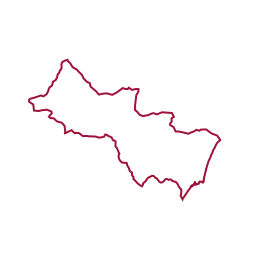 outline of Sanaga-Maritime, Littoral, Cameroon, rotated 245°
{"feature_id": "32672807B95558278906476", "entity_name": "Sanaga-Maritime", "entity_type": "district", "adm_level": 2, "iso_a3": "CMR", "parent_name": "Cameroon", "parent_adm1": "Littoral", "projection": "albers", "projection_center": [10.208, 3.947], "detail": "fine", "context": "isolated", "style": "outline", "palette": "rose", "viewbox_px": 256, "rotation_deg": 245, "n_neighbors": 0, "source": "geoboundaries", "source_scale": "gbopen_adm2", "svg_char_len": 3121}
<svg xmlns="http://www.w3.org/2000/svg" viewBox="0 0 256 256"><g transform="rotate(245 128 128)"><path d="M215.7,99.7L215.6,96.3L213.9,94.6L210.8,93.3L209.5,92.3L209.1,90.8L207.7,89.5L206.9,88.6L206.4,87.0L203.9,85.1L202.0,82.7L201.7,79.6L200.3,78.5L198.5,77.0L198.0,74.1L197.0,72.8L195.3,71.4L193.1,68.6L192.5,65.6L192.5,64.4L194.2,63.1L195.1,55.7L195.8,51.7L195.3,50.2L193.5,49.5L189.3,52.1L186.8,51.2L183.5,50.2L181.1,54.3L180.6,57.0L178.9,62.2L175.4,65.5L173.4,65.1L172.6,62.9L171.7,61.1L169.8,61.9L168.0,65.0L166.3,65.5L165.9,65.6L163.8,66.6L160.9,70.1L156.8,71.4L152.3,70.0L151.8,69.8L149.9,68.7L149.7,69.5L149.9,72.4L149.9,75.9L145.9,77.4L145.5,79.0L144.1,81.4L139.7,83.7L138.3,87.1L136.8,89.4L136.4,89.9L135.9,91.4L133.7,95.3L132.6,96.5L131.6,97.5L130.6,100.5L130.3,102.9L131.7,104.5L131.0,105.8L129.5,106.5L126.5,109.1L123.3,109.3L121.3,111.1L120.1,110.6L116.5,108.8L114.8,109.5L111.1,109.3L108.3,109.3L106.9,107.7L104.1,106.9L102.0,107.0L99.4,107.8L97.5,110.8L97.2,111.8L96.4,112.1L94.9,111.5L91.2,111.8L88.1,111.4L86.3,112.6L85.4,112.7L83.4,111.7L82.1,112.0L81.0,112.2L79.7,111.4L75.5,112.8L74.2,113.2L72.9,113.7L71.7,114.4L70.7,115.0L69.3,115.9L70.2,117.5L71.5,118.3L71.8,119.8L72.2,120.9L72.7,122.3L73.6,123.3L74.5,125.3L74.4,127.5L74.6,129.6L73.7,130.9L72.5,131.4L71.1,131.9L69.9,132.9L66.3,133.6L64.8,134.5L64.3,136.1L64.6,138.1L65.3,138.9L65.7,140.0L65.7,141.1L65.1,141.9L64.6,142.4L63.8,142.9L63.7,144.2L63.3,145.0L62.6,145.5L61.4,145.7L60.3,146.8L59.1,148.4L56.9,149.2L52.2,149.4L50.2,150.2L48.1,149.7L45.8,148.1L44.3,147.1L40.3,147.3L40.9,147.9L42.6,150.9L45.3,155.2L47.9,160.1L48.3,162.8L48.5,163.0L48.6,162.4L48.6,162.1L48.5,161.2L48.8,160.9L49.0,161.4L48.9,163.3L49.7,164.7L49.1,164.8L49.2,165.3L50.4,165.4L50.7,165.7L50.6,165.9L49.5,165.9L48.9,165.7L48.4,166.4L48.3,165.0L48.1,165.0L47.8,167.1L47.6,168.2L47.7,168.8L48.5,169.1L48.8,169.5L49.1,170.1L48.7,170.5L48.6,171.6L47.5,173.2L47.3,172.6L47.1,172.5L46.9,172.9L46.9,173.3L47.1,173.5L47.7,173.9L47.8,173.7L48.9,174.8L49.6,175.4L50.3,175.4L53.5,178.2L55.1,179.3L56.5,180.6L57.0,181.0L57.4,180.9L58.8,182.5L60.0,183.4L60.1,183.5L64.2,187.3L66.4,190.1L68.4,192.0L69.9,193.9L70.1,194.1L72.1,196.1L73.4,198.1L74.0,199.0L75.1,200.0L76.7,202.3L77.6,204.4L77.9,206.0L78.1,206.5L78.9,206.4L83.5,205.6L87.3,201.8L87.6,201.5L93.7,198.2L95.7,193.5L95.4,191.5L97.4,189.3L97.0,186.0L97.4,183.0L97.2,180.4L100.9,175.8L103.0,173.0L103.5,172.2L104.7,169.7L109.6,169.7L112.9,167.4L114.2,168.1L115.3,170.2L118.4,171.6L118.7,174.3L123.1,174.1L127.9,165.4L128.1,160.0L130.8,157.2L131.2,154.2L131.1,152.0L131.6,150.0L132.5,146.5L133.5,145.6L135.3,144.0L138.1,143.4L141.4,142.0L141.8,142.2L145.9,144.2L149.4,146.4L154.1,149.3L156.7,152.9L158.9,153.9L160.2,151.1L160.8,147.8L163.6,146.1L164.2,145.7L163.4,144.2L164.7,141.8L166.4,140.1L165.0,133.0L164.7,127.8L167.3,124.6L168.6,123.0L169.1,121.5L170.0,118.8L170.5,115.8L175.0,114.5L181.2,111.6L185.0,112.3L186.9,110.4L191.6,108.7L195.6,108.7L199.9,107.1L202.8,106.2L203.5,105.6L204.5,104.8L206.7,103.5L207.6,103.4L211.0,103.0L214.1,101.8L215.3,102.0L215.7,99.7Z" fill="none" stroke="#9f1239" stroke-width="2"/></g></svg>